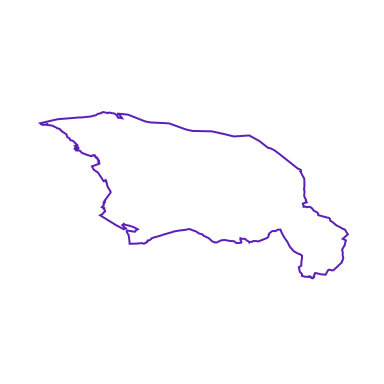 Tinn nor, Telemark, Norway (Robinson projection), rotated 9°
{"feature_id": "86288312B25517815255384", "entity_name": "Tinn nor", "entity_type": "district", "adm_level": 2, "iso_a3": "NOR", "parent_name": "Norway", "parent_adm1": "Telemark", "projection": "robinson", "projection_center": [8.504, 59.975], "detail": "fine", "context": "isolated", "style": "outline", "palette": "violet", "viewbox_px": 384, "rotation_deg": 9, "n_neighbors": 0, "source": "geoboundaries", "source_scale": "gbopen_adm2", "svg_char_len": 5883}
<svg xmlns="http://www.w3.org/2000/svg" viewBox="0 0 384 384"><g transform="rotate(9 192 192)"><path d="M349.3,225.6L350.9,221.0L351.2,220.7L351.2,218.6L351.6,215.7L348.2,214.7L352.6,209.4L350.6,207.3L349.4,205.6L348.5,205.1L347.5,204.8L346.7,204.8L345.5,204.2L339.7,202.3L335.5,199.7L333.2,198.8L332.6,197.6L332.6,197.2L331.3,196.1L329.5,196.1L320.3,195.1L320.1,194.7L320.2,194.1L319.3,192.8L314.9,191.2L313.5,189.6L310.9,188.2L309.0,188.6L307.5,189.1L306.6,188.6L306.0,188.7L305.0,189.2L304.5,189.2L304.4,188.7L304.3,187.9L304.0,187.5L303.4,186.8L303.3,186.1L306.8,184.1L306.6,183.9L306.6,184.1L306.4,184.0L306.2,183.7L306.2,183.3L305.9,183.0L306.0,182.9L305.8,181.9L303.8,179.2L303.3,177.8L303.2,174.5L302.7,172.9L302.1,171.8L302.4,171.4L302.1,169.8L302.1,167.8L301.8,167.1L301.6,165.3L300.9,161.7L300.4,160.7L298.6,158.5L297.2,156.6L296.5,155.3L295.9,154.9L296.4,154.5L296.1,153.7L296.2,153.4L296.0,153.2L294.8,152.8L294.2,152.5L293.1,152.5L272.2,140.7L266.0,137.5L265.0,137.3L262.5,136.5L260.4,136.5L258.2,135.4L250.8,131.2L239.7,127.2L224.6,130.6L215.4,129.8L202.0,129.0L183.0,131.6L176.3,131.2L158.6,127.8L139.8,129.8L134.7,129.6L116.6,125.6L106.6,126.2L106.6,126.4L107.5,126.8L107.7,127.0L108.9,127.6L109.3,128.1L110.8,129.2L111.0,129.7L111.4,130.1L107.4,130.1L107.4,129.8L106.8,129.6L106.7,129.2L106.3,128.9L105.8,128.0L105.3,127.7L104.7,127.5L103.5,126.7L102.8,126.6L100.6,126.7L98.3,126.4L97.4,126.7L97.3,126.9L96.1,127.3L96.0,127.1L91.6,127.0L90.6,127.6L90.5,127.9L89.5,128.3L88.6,129.0L87.2,129.3L86.8,129.7L85.8,130.4L85.5,130.8L84.1,131.7L83.3,131.8L80.4,133.2L71.0,135.7L69.4,135.9L47.7,141.2L31.4,147.8L31.6,147.9L31.7,148.2L32.0,148.4L32.2,148.6L33.6,149.0L34.9,148.9L35.6,148.6L37.2,148.5L37.4,148.4L37.5,147.9L38.0,147.7L37.9,148.1L37.9,148.4L38.5,148.5L42.0,148.3L44.4,148.4L45.2,148.9L47.4,149.4L48.1,149.7L48.6,150.1L49.1,150.1L50.2,150.3L50.5,150.4L51.0,150.3L51.7,150.6L51.8,150.8L52.6,151.2L52.8,151.4L52.7,151.6L52.8,151.7L53.5,152.0L53.8,152.4L55.6,153.1L55.8,153.4L56.7,153.6L57.3,154.0L57.8,154.1L58.5,154.4L58.7,154.7L59.1,154.9L59.5,156.0L59.8,156.3L59.9,156.8L60.3,157.2L60.5,157.3L60.6,157.6L62.5,158.0L62.9,158.6L63.0,159.0L63.7,159.8L64.6,160.0L65.1,159.8L65.5,159.9L67.8,160.9L68.4,161.4L68.9,162.0L69.4,162.1L70.0,162.8L70.5,163.0L71.0,163.2L71.1,163.5L71.4,163.5L71.6,163.9L71.6,164.4L70.1,164.5L69.8,164.6L70.0,164.7L69.9,164.8L70.9,164.9L71.1,165.3L71.9,165.7L72.3,165.7L72.9,166.0L73.0,166.2L73.0,166.4L72.6,166.5L72.0,166.4L70.2,166.6L69.7,166.8L69.5,167.2L69.5,167.4L69.3,167.6L69.5,167.8L69.9,167.9L70.7,167.7L72.2,168.2L72.1,168.6L71.6,168.3L71.0,168.5L70.7,168.7L70.7,168.9L71.1,169.1L72.3,168.9L72.3,169.0L72.2,169.1L72.8,169.2L72.4,169.0L72.7,168.7L73.1,168.6L74.5,168.7L76.1,169.6L76.4,170.1L77.0,170.5L78.8,171.0L80.1,171.1L81.3,171.5L82.5,171.7L83.2,171.9L85.0,172.0L86.1,172.4L87.1,172.3L87.6,172.0L87.4,171.9L87.6,171.6L88.5,171.1L90.1,170.9L90.3,171.0L90.1,171.4L90.0,171.5L90.5,172.1L92.3,172.7L92.1,173.2L93.3,173.6L93.3,173.8L93.6,174.3L94.0,174.4L93.8,174.9L93.9,175.0L95.2,175.5L95.4,175.7L95.4,176.3L95.2,176.5L95.2,177.1L95.5,177.4L95.1,177.5L95.9,178.1L96.0,178.6L89.2,182.3L91.4,185.3L96.2,187.6L103.0,195.1L104.8,193.7L105.4,194.2L105.5,194.4L105.3,194.5L105.4,195.0L105.3,195.4L106.2,196.1L107.8,200.0L109.6,202.0L111.7,204.7L111.6,205.5L107.1,214.2L107.3,214.3L107.2,214.5L107.3,214.6L107.1,214.9L107.4,215.1L107.3,215.8L107.4,216.0L107.0,216.1L107.1,216.3L106.4,216.6L106.6,217.1L106.5,217.5L106.6,217.9L106.9,218.4L106.8,218.7L106.9,219.1L106.3,219.5L106.0,220.0L105.8,220.4L105.6,220.9L105.4,221.1L105.7,221.2L105.9,221.1L106.3,221.4L106.6,221.4L106.5,221.5L106.9,221.7L106.6,221.8L107.0,221.8L107.2,222.0L107.5,222.1L107.7,222.4L107.6,222.6L108.4,223.2L109.2,224.3L109.2,224.9L108.2,225.7L107.1,227.7L104.9,229.4L121.9,236.5L130.5,239.5L132.3,238.3L129.8,236.9L128.4,235.5L128.9,235.1L129.4,235.0L129.6,234.1L131.2,234.9L135.6,235.1L139.1,235.7L142.0,236.5L142.5,236.8L144.1,237.2L144.3,237.3L142.6,238.6L142.2,239.8L141.8,240.2L133.7,240.2L133.7,241.5L136.2,244.6L137.6,249.2L138.5,252.9L145.0,251.7L150.6,250.3L152.6,250.6L153.3,250.0L154.1,249.7L154.4,249.4L154.7,248.8L155.2,248.7L155.3,248.5L155.1,248.3L155.5,247.6L156.0,247.5L156.2,247.2L156.6,247.2L156.4,247.1L156.5,247.0L156.4,246.9L156.3,246.7L157.1,246.6L157.5,246.2L157.9,246.0L158.2,245.7L158.6,245.3L158.7,245.1L159.0,244.9L159.0,244.7L159.3,244.1L161.8,242.7L165.9,240.9L171.2,238.2L175.7,236.1L177.5,235.3L181.1,233.5L186.0,231.9L190.5,230.7L194.8,229.1L196.3,229.1L198.1,229.6L200.4,230.0L202.7,230.5L204.5,231.5L206.3,232.0L209.2,232.3L209.8,233.2L215.6,234.9L219.7,237.6L222.5,238.3L223.0,238.0L224.3,238.0L228.3,235.2L231.5,234.3L237.3,234.4L240.9,234.1L241.7,234.2L243.5,235.4L245.5,235.2L248.6,234.3L248.7,233.7L247.2,231.5L247.1,230.1L248.8,230.4L249.8,230.3L251.5,229.9L252.0,230.3L253.4,231.1L256.0,232.2L256.5,232.9L257.0,232.3L259.2,231.7L259.8,231.0L261.7,230.6L263.1,230.4L264.8,230.5L265.1,230.4L268.3,228.7L271.4,226.8L272.9,226.0L274.1,224.8L274.4,224.2L274.6,222.3L274.4,221.9L275.0,220.7L275.3,220.2L277.1,218.3L278.5,217.7L280.6,217.6L282.4,215.9L285.2,215.3L287.1,218.4L290.2,222.4L294.0,226.3L297.3,230.9L301.8,234.6L305.8,236.1L308.9,236.7L310.7,237.7L311.0,240.7L310.9,243.0L311.4,247.8L309.3,249.6L311.0,254.0L313.6,256.0L313.7,257.7L315.2,257.8L316.2,258.0L319.9,257.6L320.8,257.8L321.1,257.6L320.9,257.2L321.0,256.9L321.3,256.8L322.2,257.0L322.5,257.3L322.7,257.7L323.4,257.7L323.7,258.3L324.8,258.4L326.0,256.7L325.4,256.2L325.6,255.3L326.1,254.0L326.1,253.8L325.9,253.7L326.1,252.9L327.4,252.7L332.3,253.1L336.9,252.8L338.6,248.0L339.2,247.4L339.7,247.3L343.0,247.5L343.9,247.1L345.3,245.4L347.2,243.0L347.8,242.4L348.2,241.6L350.7,238.5L351.1,237.8L350.9,236.6L351.5,235.9L351.7,233.1L350.7,231.1L350.6,230.3L350.4,228.3L350.1,227.3L349.5,226.3L349.3,225.6Z" fill="none" stroke="#5b21b6" stroke-width="2"/></g></svg>